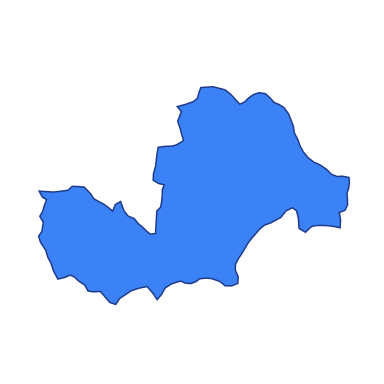 the district of Sumaré, São Paulo, Brazil, rotated 173°
{"feature_id": "56859067B51080216941917", "entity_name": "Sumaré", "entity_type": "district", "adm_level": 2, "iso_a3": "BRA", "parent_name": "Brazil", "parent_adm1": "São Paulo", "projection": "robinson", "projection_center": [-47.259, -22.848], "detail": "fine", "context": "isolated", "style": "filled", "palette": "blue", "viewbox_px": 384, "rotation_deg": 173, "n_neighbors": 0, "source": "geoboundaries", "source_scale": "gbopen_adm2", "svg_char_len": 2090}
<svg xmlns="http://www.w3.org/2000/svg" viewBox="0 0 384 384"><g transform="rotate(173 192 192)"><path d="M335.8,121.9L328.6,122.7L323.2,124.4L319.3,122.2L314.8,116.9L309.8,112.7L307.3,106.4L302.3,105.0L295.0,104.4L291.0,98.4L287.1,92.4L281.4,89.7L276.8,95.1L264.1,101.5L255.4,103.1L248.0,103.6L242.7,95.5L239.7,89.4L234.9,93.8L230.4,99.9L224.1,103.1L218.2,104.4L213.8,104.9L210.1,102.5L204.3,101.2L199.1,102.5L195.1,104.9L189.0,104.9L182.9,103.6L175.3,99.8L170.5,94.8L163.9,94.0L157.6,95.8L156.5,102.3L158.6,109.4L157.6,115.1L153.9,120.4L150.2,124.6L147.0,128.7L142.6,134.5L138.5,138.7L133.9,142.8L129.6,146.7L124.3,150.2L117.4,151.8L111.9,154.0L107.0,155.9L100.8,161.9L94.1,164.1L90.5,160.6L89.6,152.6L90.2,142.8L84.3,138.2L77.8,143.0L73.4,143.6L68.1,143.1L60.6,141.9L54.8,140.3L49.3,138.4L47.9,146.5L48.3,153.7L42.4,155.2L39.2,160.1L38.5,167.0L38.3,171.9L36.0,176.8L34.6,182.4L34.4,187.3L41.0,189.4L45.8,189.6L51.4,192.5L55.8,198.2L61.5,203.2L67.7,207.0L72.7,212.0L76.7,218.4L79.0,224.3L80.5,230.7L83.3,238.6L83.3,244.5L84.5,249.6L86.6,257.6L90.3,264.5L94.6,268.0L99.6,270.9L102.9,275.7L107.1,280.6L113.1,282.4L118.8,281.3L124.1,278.6L128.9,274.9L133.9,273.3L136.9,277.6L141.6,284.2L146.6,289.3L153.3,292.0L158.3,293.9L163.1,294.2L170.5,294.6L173.1,289.6L175.1,284.5L179.5,281.6L188.0,279.7L196.2,278.6L192.8,273.1L197.6,264.0L195.9,256.0L195.3,251.0L194.1,244.0L202.0,240.6L206.6,240.0L213.1,240.6L220.1,240.5L222.3,233.4L224.8,222.6L228.0,214.9L229.1,208.5L224.3,204.6L218.6,202.5L221.1,198.2L222.0,192.0L223.5,185.5L225.1,180.6L229.2,177.5L233.3,155.2L238.6,155.3L242.5,159.5L245.5,163.3L249.0,167.0L252.6,172.6L258.4,176.0L261.8,181.7L264.0,191.3L269.6,188.9L273.1,182.7L276.8,186.7L281.2,190.8L285.7,193.9L290.1,197.1L293.1,203.0L298.4,210.0L303.7,211.2L310.3,212.2L314.9,208.8L320.9,208.8L325.3,208.8L329.6,208.8L334.0,209.7L338.6,210.5L343.6,211.5L341.1,205.1L337.3,202.2L340.5,195.8L342.7,190.8L346.0,186.5L343.3,179.9L345.8,171.2L349.6,166.8L348.5,160.5L344.3,152.1L343.0,144.5L340.8,139.0L339.1,130.7L335.8,121.9Z" fill="#3b82f6" stroke="#1e3a8a" stroke-width="1.5"/></g></svg>